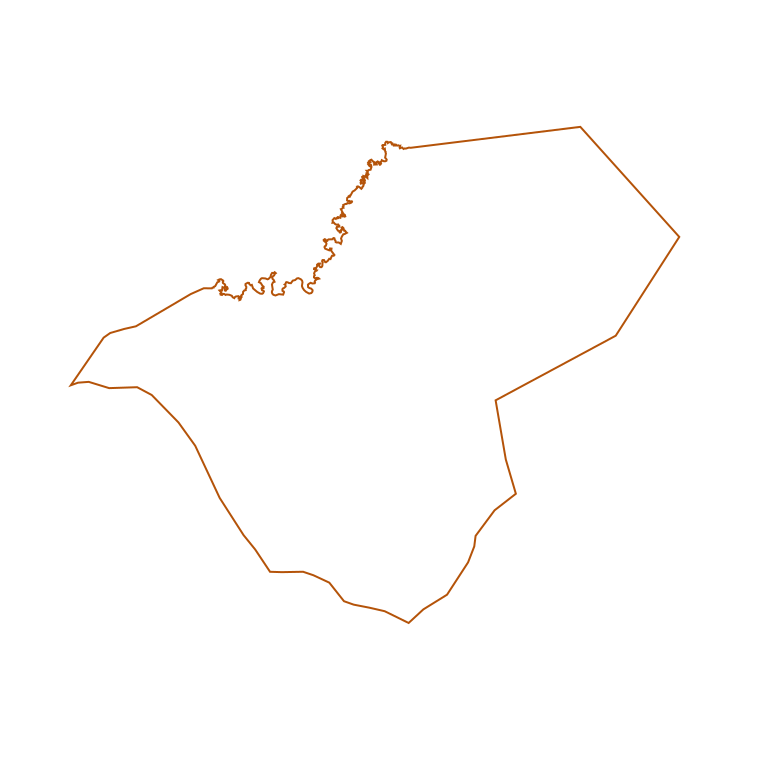 outline of Abadam, Borno, Nigeria, rotated 353°
{"feature_id": "59680162B89355923746110", "entity_name": "Abadam", "entity_type": "district", "adm_level": 2, "iso_a3": "NGA", "parent_name": "Nigeria", "parent_adm1": "Borno", "projection": "mercator", "projection_center": [13.226, 13.367], "detail": "fine", "context": "isolated", "style": "outline", "palette": "amber", "viewbox_px": 768, "rotation_deg": 353, "n_neighbors": 0, "source": "geoboundaries", "source_scale": "gbopen_adm2", "svg_char_len": 6163}
<svg xmlns="http://www.w3.org/2000/svg" viewBox="0 0 768 768"><g transform="rotate(353 384 384)"><path d="M248.0,556.5L259.7,558.3L280.8,560.5L290.6,565.2L305.5,574.5L317.8,594.7L327.0,599.3L342.4,604.3L357.0,609.6L379.3,624.2L395.6,612.5L420.9,600.8L445.7,571.3L453.8,556.2L456.4,545.9L478.4,522.8L501.5,509.0L495.7,473.8L492.8,413.8L619.9,364.3L695.0,274.0L610.2,152.7L439.3,152.8L437.5,152.4L434.4,153.0L433.1,152.7L432.1,153.1L430.7,151.4L428.5,152.0L428.3,151.3L429.0,149.6L428.4,149.7L427.6,148.9L426.1,149.0L425.4,148.2L424.8,148.7L424.0,148.7L423.8,147.6L422.5,148.3L421.8,146.4L421.0,146.9L420.2,144.7L418.2,144.7L417.2,145.3L416.9,144.0L415.6,143.8L414.6,144.9L414.4,146.8L411.7,146.7L411.3,147.2L412.0,148.8L411.2,149.9L412.4,151.1L413.5,150.6L413.5,153.0L414.0,153.9L413.7,154.5L414.0,155.5L412.7,159.5L414.0,161.5L413.6,162.7L412.3,163.1L411.0,162.9L409.1,161.6L408.7,162.7L407.8,163.6L407.4,163.2L406.9,163.5L407.9,164.9L407.1,165.8L406.6,165.9L405.2,163.4L405.3,162.7L404.8,162.3L402.6,163.4L402.4,163.9L403.2,164.2L403.5,165.2L401.0,165.0L401.4,163.8L400.9,163.2L401.4,162.6L399.6,161.1L399.0,160.0L398.4,160.4L397.9,160.0L396.4,160.9L396.9,161.7L396.2,161.5L395.9,162.1L395.4,162.1L395.1,162.4L395.3,162.8L396.1,162.3L396.7,162.7L396.3,163.5L396.6,164.0L395.2,164.2L396.2,166.0L396.9,166.4L397.9,165.7L398.0,167.1L396.8,169.7L395.1,169.7L393.8,170.4L392.9,170.3L393.8,171.7L393.2,172.7L392.3,172.6L392.0,173.8L392.7,174.1L392.6,173.4L393.3,172.9L394.2,174.0L393.2,174.8L392.1,174.6L392.7,176.3L392.6,177.5L391.7,176.5L391.5,175.1L390.6,175.2L390.1,176.1L388.9,175.1L388.7,175.9L388.3,175.4L387.5,175.8L387.8,177.4L389.5,178.2L389.9,179.7L389.2,181.0L389.5,182.0L389.0,182.2L388.3,181.2L388.5,180.3L387.7,179.2L386.0,178.6L385.5,179.1L386.2,180.2L385.3,181.3L385.4,182.1L385.8,181.9L386.6,182.3L387.9,181.7L388.5,182.8L387.5,185.1L386.7,185.5L386.5,186.4L385.3,187.5L383.5,185.5L382.3,184.7L381.5,184.7L381.1,185.1L381.5,185.7L381.3,186.1L378.4,188.3L376.3,189.2L373.8,192.7L372.9,192.7L372.4,193.0L373.1,193.5L372.9,194.0L371.3,194.1L370.1,194.9L369.7,197.3L370.7,198.1L371.8,198.0L372.5,198.7L374.3,198.7L374.5,199.1L374.2,199.6L373.6,200.0L372.7,199.9L372.6,200.3L371.9,200.5L369.7,200.0L368.9,200.7L367.6,200.6L365.3,201.4L365.5,202.3L365.0,202.7L365.2,203.1L364.8,203.3L365.1,204.1L364.6,204.1L363.5,205.0L362.5,205.2L363.7,208.3L363.1,209.0L363.2,209.5L363.5,209.8L364.2,209.5L364.9,210.8L365.7,211.3L366.0,212.9L365.2,213.1L364.2,212.5L363.5,212.6L362.9,211.4L362.3,211.5L361.8,211.0L361.4,211.4L361.5,212.6L361.0,213.7L359.9,213.2L359.2,213.6L358.7,212.7L358.3,212.7L358.0,213.1L358.3,213.6L357.8,213.9L356.9,213.6L356.3,214.3L354.9,213.3L352.9,215.1L353.0,216.3L352.5,217.7L353.9,217.7L354.8,219.1L356.2,220.1L357.9,220.1L358.1,221.0L358.9,221.3L358.9,222.3L356.3,222.4L355.7,223.5L357.0,226.2L358.7,226.9L358.7,227.2L358.2,227.4L358.5,228.2L359.3,228.3L359.8,227.9L360.1,226.0L361.2,225.8L361.0,223.6L361.8,223.2L362.7,224.2L363.2,227.0L364.2,227.2L364.3,227.9L365.6,229.4L363.0,230.4L361.9,230.4L360.1,232.6L359.1,234.4L359.6,236.8L358.2,239.7L356.3,238.0L354.3,237.8L353.3,237.3L353.3,235.7L352.6,234.9L352.6,233.4L352.2,233.1L351.6,233.0L350.2,234.1L346.6,233.7L345.6,234.2L345.2,235.0L344.5,235.3L344.0,234.9L343.6,233.5L342.9,233.0L341.7,233.6L341.7,234.4L343.7,236.6L344.0,237.8L343.1,239.7L342.0,240.1L341.6,240.8L342.1,242.5L346.0,244.7L346.5,244.4L347.0,242.9L348.4,243.2L347.8,245.3L350.5,249.9L349.7,250.6L348.2,250.3L347.8,250.6L346.1,253.5L344.9,253.0L343.2,254.9L341.2,256.1L340.5,255.9L339.6,253.7L338.1,253.5L337.5,254.5L338.0,255.9L337.5,257.1L337.4,258.5L336.9,259.8L336.1,260.4L334.9,260.2L334.1,259.1L334.0,258.5L335.0,256.7L333.5,256.5L332.1,257.4L332.0,258.8L330.6,261.0L329.7,260.5L328.7,260.7L328.6,261.3L329.8,261.3L329.8,262.5L331.2,263.0L330.8,263.4L329.5,263.4L328.1,265.6L328.5,267.7L327.7,268.4L327.5,269.7L328.6,270.7L330.5,270.4L331.2,271.2L331.9,270.9L332.4,271.5L330.2,271.8L328.3,272.9L327.7,273.7L327.9,275.1L327.5,275.6L325.1,275.5L323.5,274.6L321.3,275.6L320.6,276.2L320.5,278.7L321.7,279.7L323.3,280.4L324.5,282.0L324.5,282.7L324.0,283.9L322.9,284.9L320.7,285.1L317.8,283.0L316.1,281.0L314.9,278.6L314.5,276.7L315.5,273.1L315.3,271.4L314.2,269.9L311.9,268.5L310.5,268.6L308.5,270.0L306.0,270.3L303.9,272.6L301.9,272.2L300.9,271.4L299.6,271.0L299.1,271.2L298.5,272.6L297.6,273.1L298.2,273.6L298.3,275.2L296.7,276.4L295.2,276.9L294.7,277.6L294.6,279.2L295.8,280.0L296.0,280.6L294.8,283.0L290.6,282.0L287.1,282.9L285.1,282.0L284.1,280.6L283.9,279.3L284.1,278.3L285.1,276.7L284.9,271.6L286.2,269.6L287.8,269.2L287.2,267.3L286.2,266.1L286.0,264.8L286.8,263.6L288.2,262.8L288.9,261.5L290.1,260.8L289.1,259.7L288.1,260.4L286.5,260.1L285.1,261.9L284.4,263.9L282.1,265.7L281.2,265.9L279.2,264.8L275.8,264.1L274.7,264.5L273.2,266.1L272.3,267.7L274.0,268.8L275.4,271.8L276.4,272.7L276.1,274.1L275.8,274.1L275.9,273.5L275.5,273.1L274.1,274.2L274.4,276.1L275.8,276.7L276.1,277.5L275.0,279.2L274.0,279.6L272.1,279.2L269.3,277.1L265.7,273.2L264.9,269.5L263.7,269.8L262.3,268.0L262.3,267.2L261.1,266.9L258.8,267.8L258.5,269.0L259.2,270.8L258.9,272.2L258.3,272.8L258.2,274.0L256.8,274.1L255.4,275.3L255.0,277.5L253.4,278.4L253.2,280.4L252.5,280.6L252.9,280.0L252.3,279.6L251.4,280.4L252.3,281.8L251.7,282.9L250.8,283.1L251.1,281.9L250.1,281.4L250.7,279.8L250.2,279.1L247.6,279.1L246.4,279.7L245.9,280.5L244.4,279.5L243.7,277.9L241.4,276.6L238.7,276.0L237.6,276.3L236.6,275.3L235.4,275.0L234.1,275.9L232.7,275.4L232.6,274.6L233.7,274.6L233.7,273.5L232.1,271.1L233.2,271.0L234.6,271.4L235.5,268.2L236.4,268.8L237.8,269.0L237.3,271.2L237.8,272.1L238.4,272.1L239.1,271.1L240.3,270.6L240.5,270.0L240.1,268.8L239.4,269.0L239.0,268.2L237.9,267.7L238.5,266.6L238.2,265.7L236.5,264.2L236.4,263.1L237.1,262.2L236.9,261.7L235.0,260.1L233.4,260.1L232.1,260.6L233.1,261.6L233.0,262.1L230.9,262.8L228.4,266.3L226.9,266.8L226.7,267.5L225.4,267.5L224.8,268.1L216.8,267.0L203.1,271.2L144.8,296.5L132.8,297.7L118.5,300.0L111.4,303.8L73.0,347.1L80.5,345.4L91.2,345.9L110.7,354.6L138.6,357.1L152.1,366.6L175.3,397.1L189.1,422.3L207.0,477.0L226.2,516.9L236.0,532.6L248.0,556.5Z" fill="none" stroke="#b45309" stroke-width="2"/></g></svg>